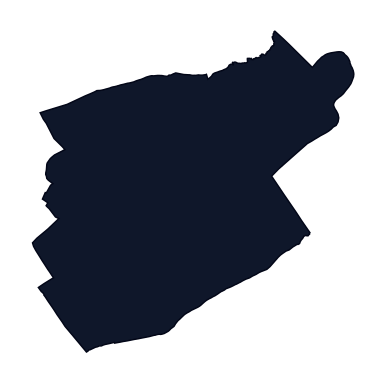 outline of Concepción, Corrientes, Argentina, rotated 182°
{"feature_id": "61730980B94063956743041", "entity_name": "Concepción", "entity_type": "district", "adm_level": 2, "iso_a3": "ARG", "parent_name": "Argentina", "parent_adm1": "Corrientes", "projection": "albers", "projection_center": [-58.127, -28.402], "detail": "fine", "context": "isolated", "style": "filled", "palette": "ink", "viewbox_px": 384, "rotation_deg": 182, "n_neighbors": 0, "source": "geoboundaries", "source_scale": "gbopen_adm2", "svg_char_len": 5925}
<svg xmlns="http://www.w3.org/2000/svg" viewBox="0 0 384 384"><g transform="rotate(182 192 192)"><path d="M336.1,198.9L335.3,198.3L331.3,195.4L333.5,193.9L337.5,186.1L338.6,186.3L341.2,179.7L339.1,178.4L335.7,176.2L337.3,173.2L336.1,172.0L334.2,170.4L327.6,162.3L324.1,160.8L334.9,149.8L345.4,140.4L349.6,135.6L348.4,132.1L346.1,128.2L342.3,122.6L339.3,118.1L336.0,113.4L333.3,109.5L331.4,107.0L329.8,104.7L327.4,101.4L328.2,100.9L330.2,99.6L336.6,95.3L342.2,91.2L339.1,87.2L337.6,86.1L336.0,84.0L336.3,83.7L335.0,82.1L332.0,77.8L328.1,72.6L326.2,70.0L322.4,64.5L317.2,57.6L314.2,53.3L311.4,50.2L307.9,46.3L306.4,44.7L305.1,43.2L299.9,37.4L295.9,32.9L293.3,30.0L291.9,28.4L290.6,29.2L290.3,29.5L290.1,30.0L289.4,30.5L288.3,30.8L283.1,33.5L282.4,33.7L281.5,33.9L280.5,34.3L279.1,35.0L277.3,35.0L276.4,35.4L275.3,36.0L273.2,36.7L270.7,37.3L268.0,38.0L267.1,38.3L264.2,39.0L264.0,38.3L258.4,39.5L255.6,40.2L252.5,40.8L251.5,41.0L244.4,42.7L242.4,43.1L240.0,43.6L238.5,44.0L229.4,46.1L224.9,47.5L223.9,47.6L223.1,47.9L221.2,48.5L219.8,48.7L218.3,48.6L217.0,48.9L214.9,49.6L213.7,50.3L212.2,51.2L210.9,52.0L209.9,52.9L208.4,54.6L206.9,55.8L205.3,57.1L203.9,59.7L202.6,61.5L201.4,63.1L199.9,64.4L198.6,65.8L196.1,68.4L194.9,69.5L192.6,71.1L190.5,72.3L188.6,73.7L186.3,74.9L184.2,76.0L182.1,77.1L180.3,78.3L179.0,79.4L177.8,80.6L175.5,82.8L173.8,84.2L172.6,85.0L171.3,85.8L168.9,87.1L167.6,88.0L165.3,89.2L162.9,90.9L160.8,92.5L159.6,93.4L158.5,93.9L156.0,95.3L155.2,96.1L154.3,96.7L153.3,97.1L151.8,97.7L149.8,98.6L147.4,99.9L145.7,100.9L144.1,101.6L141.9,102.9L140.5,103.6L138.2,105.1L135.1,106.8L131.5,108.2L128.5,110.2L125.3,111.8L122.1,113.9L119.9,115.0L118.2,115.7L114.5,117.3L111.4,120.2L103.6,129.8L101.4,132.1L99.4,133.7L95.9,136.3L92.9,137.5L89.3,140.6L86.7,142.3L86.1,142.7L85.5,143.2L84.8,143.4L84.3,143.3L83.3,143.8L82.7,144.3L82.3,145.4L82.2,146.2L81.7,146.8L81.4,147.5L79.8,149.5L78.5,152.0L77.9,152.0L77.4,152.5L76.9,152.5L76.4,152.6L76.0,152.3L75.2,152.3L74.5,152.3L74.1,152.8L73.8,153.4L73.4,153.7L73.1,153.9L73.3,154.6L72.7,155.4L81.5,167.2L86.9,174.9L99.9,192.5L113.0,210.6L106.4,217.9L88.3,235.1L79.6,243.3L78.5,244.4L75.7,246.1L73.8,247.3L71.2,249.1L68.5,250.8L65.5,252.8L62.7,254.4L60.0,256.0L57.5,257.7L55.2,259.6L53.1,261.9L50.3,263.6L48.5,267.1L47.9,271.2L48.8,274.9L50.4,277.8L52.0,280.1L52.9,281.9L53.5,283.4L53.5,285.1L52.7,287.1L51.4,289.1L49.8,290.5L48.8,291.5L46.3,293.4L44.1,295.6L42.1,298.5L39.2,302.3L37.0,305.8L36.1,308.1L35.5,310.0L34.6,312.7L34.4,315.4L34.6,316.8L35.1,318.9L36.0,321.0L36.4,321.9L37.3,323.2L38.1,325.3L38.6,326.2L38.8,327.8L39.7,329.7L40.4,331.0L41.1,332.0L42.1,333.1L44.2,334.8L44.7,335.5L45.2,336.0L45.8,336.5L47.6,337.2L49.9,337.3L52.4,337.0L54.4,336.6L56.5,336.2L58.4,335.8L60.3,335.2L61.8,334.7L63.7,333.7L65.2,332.5L67.2,331.2L68.9,329.3L71.1,327.1L74.7,322.4L76.1,320.7L100.5,343.2L106.0,348.1L110.2,351.7L114.8,355.6L115.4,355.2L115.0,354.7L115.5,354.4L115.8,353.8L116.3,352.9L116.3,352.1L116.2,351.7L116.2,351.2L116.6,350.4L117.2,349.9L117.1,349.1L116.9,348.5L116.6,348.3L116.6,347.6L116.2,346.9L115.8,346.1L115.6,345.4L115.1,345.4L114.7,345.1L115.1,344.6L115.2,343.5L115.4,343.0L115.5,342.6L115.2,342.1L115.3,341.6L115.7,340.9L116.2,340.9L116.6,340.9L117.1,340.5L117.3,340.0L117.7,339.7L118.1,339.2L118.2,338.8L118.5,338.3L118.6,337.5L119.0,337.2L119.3,336.8L119.4,336.2L120.0,336.0L120.4,335.7L120.6,335.3L121.0,335.1L121.7,334.8L121.9,334.2L122.0,333.6L122.4,333.4L122.8,333.1L122.5,332.7L122.9,332.2L123.3,331.5L123.7,331.3L124.2,331.2L124.5,331.4L125.0,331.8L125.7,332.1L126.4,332.2L127.1,332.2L127.4,331.5L128.0,331.1L128.7,330.7L128.5,329.8L127.9,329.5L128.2,329.2L128.8,329.2L129.2,328.8L129.5,328.6L129.9,328.6L130.4,328.7L130.7,328.5L131.4,328.2L132.0,328.3L132.6,328.6L133.3,328.1L133.6,327.8L133.8,327.4L134.2,327.4L134.6,327.4L135.2,327.2L135.2,326.6L135.6,326.5L136.2,326.4L136.8,326.6L137.0,326.9L137.5,326.6L137.8,327.0L137.7,327.5L138.5,327.4L139.0,327.5L139.4,327.6L139.8,327.6L140.4,327.4L140.9,327.5L141.3,327.4L141.3,326.7L141.3,326.2L141.0,325.8L141.2,325.4L141.1,324.7L140.9,324.4L141.0,323.8L141.3,323.5L141.8,323.3L142.1,323.0L142.9,322.9L143.3,322.7L143.8,323.0L144.3,322.7L144.9,322.7L145.5,322.6L146.4,322.6L146.6,322.2L147.2,322.2L148.1,322.2L148.5,322.2L149.1,322.3L149.6,322.2L150.0,322.2L150.8,322.4L151.4,322.2L151.7,322.7L152.5,323.1L153.1,323.3L153.6,323.2L154.0,323.3L154.5,323.0L155.2,322.9L155.9,323.0L156.1,322.7L155.9,322.2L155.3,321.8L155.1,321.1L155.2,320.6L155.6,320.6L156.2,321.3L156.9,321.1L157.6,321.0L158.0,320.9L158.6,320.5L159.5,319.8L159.6,319.4L159.7,318.9L160.1,318.4L160.5,317.9L162.0,316.4L163.0,316.0L164.0,315.5L164.7,315.2L165.0,315.0L166.1,314.4L167.2,314.1L168.9,313.5L171.0,312.6L171.9,312.3L173.0,311.9L173.9,311.5L175.3,310.5L176.5,308.4L178.5,306.5L180.1,305.3L181.7,310.1L182.6,309.7L184.3,309.4L186.0,309.1L187.6,309.1L188.0,309.1L189.4,309.2L189.9,309.2L191.2,308.9L192.6,308.7L194.3,308.7L194.6,308.5L196.6,308.7L198.2,309.0L199.2,309.0L204.2,309.1L212.4,310.4L215.2,309.2L217.1,308.1L219.1,308.0L220.3,306.9L221.7,306.7L223.1,306.9L223.5,306.9L224.8,307.1L225.2,307.2L226.4,307.3L227.9,307.3L228.4,307.3L230.1,307.3L231.6,307.1L233.1,306.9L234.5,306.7L236.2,306.8L237.2,306.6L237.7,306.5L239.9,305.8L241.7,305.2L244.3,303.9L247.0,302.7L249.0,302.1L249.5,301.9L251.7,301.1L254.0,300.0L256.1,299.4L258.1,298.8L260.3,298.4L262.3,297.8L264.3,297.2L267.1,296.5L269.2,295.7L269.7,295.6L271.1,295.1L272.9,294.6L274.8,294.2L276.4,293.7L277.9,293.0L281.1,292.0L281.5,291.9L283.6,291.2L285.9,290.6L286.3,290.5L287.9,290.2L288.6,290.2L290.6,290.0L292.8,288.7L297.3,286.5L302.1,284.3L319.9,275.2L340.2,268.2L346.5,265.9L343.0,259.4L340.0,255.5L331.7,240.6L328.4,237.6L323.3,232.9L320.5,229.9L330.7,224.2L333.3,221.9L334.8,220.4L337.6,216.1L338.0,214.8L338.1,213.5L338.2,210.9L338.3,208.8L338.8,206.0L338.8,204.4L338.0,202.5L337.6,200.5L336.1,198.9Z" fill="#0f172a" stroke="#020617" stroke-width="1.5"/></g></svg>